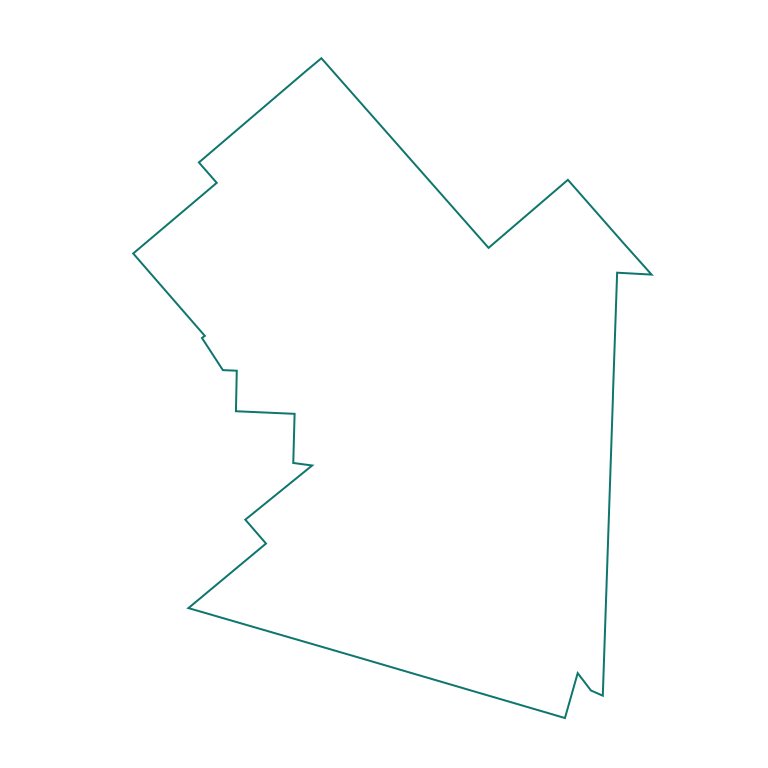 the district of Florentino Ameghino, Buenos Aires, Argentina, rotated 184°
{"feature_id": "61730980B69896756381715", "entity_name": "Florentino Ameghino", "entity_type": "district", "adm_level": 2, "iso_a3": "ARG", "parent_name": "Argentina", "parent_adm1": "Buenos Aires", "projection": "robinson", "projection_center": [-62.372, -34.887], "detail": "fine", "context": "isolated", "style": "outline", "palette": "teal", "viewbox_px": 768, "rotation_deg": 184, "n_neighbors": 0, "source": "geoboundaries", "source_scale": "gbopen_adm2", "svg_char_len": 511}
<svg xmlns="http://www.w3.org/2000/svg" viewBox="0 0 768 768"><g transform="rotate(184 384 384)"><path d="M408.8,113.4L180.2,63.4L170.6,109.1L156.2,92.7L144.0,88.3L154.7,386.9L154.8,387.5L159.2,511.3L124.7,511.8L155.0,541.3L214.8,600.5L289.2,527.1L469.2,704.6L483.4,691.0L584.1,592.1L564.9,573.0L643.3,496.7L566.1,419.5L568.8,417.2L545.7,386.6L531.8,387.0L529.8,346.5L471.1,348.0L469.0,298.9L450.0,297.7L512.9,239.0L490.6,216.6L563.5,146.8L408.8,113.4Z" fill="none" stroke="#0f766e" stroke-width="2"/></g></svg>